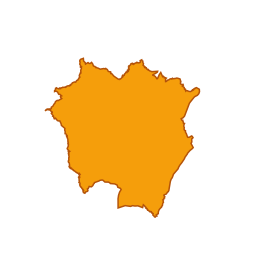 Mafeteng, Mafeteng, Lesotho (Albers equal-area conic projection), rotated 224°
{"feature_id": "5366337B69820143482286", "entity_name": "Mafeteng", "entity_type": "district", "adm_level": 2, "iso_a3": "LSO", "parent_name": "Lesotho", "parent_adm1": "Mafeteng", "projection": "albers", "projection_center": [27.27, -29.817], "detail": "fine", "context": "isolated", "style": "filled", "palette": "amber", "viewbox_px": 256, "rotation_deg": 224, "n_neighbors": 0, "source": "geoboundaries", "source_scale": "gbopen_adm2", "svg_char_len": 5846}
<svg xmlns="http://www.w3.org/2000/svg" viewBox="0 0 256 256"><g transform="rotate(224 128 128)"><path d="M115.1,50.6L113.7,51.1L113.7,51.5L114.2,52.2L113.3,54.0L113.2,54.8L113.3,55.1L114.9,56.0L114.6,56.9L115.3,59.0L114.4,59.5L113.4,60.4L113.3,62.2L113.9,63.8L113.8,64.6L114.2,65.4L112.0,69.9L111.8,70.9L110.5,72.6L109.8,73.0L107.0,73.1L104.5,75.5L103.1,75.9L102.1,75.8L98.8,78.5L96.2,79.4L94.2,78.3L91.6,79.3L90.2,79.0L89.5,76.0L88.1,73.1L86.1,70.3L79.6,63.6L76.1,70.2L71.7,73.4L70.8,75.3L68.8,76.7L66.8,78.9L62.2,80.9L63.6,83.4L62.0,83.5L60.8,83.2L60.3,83.4L59.6,83.2L59.4,82.8L58.9,83.1L58.0,83.1L57.8,82.8L57.4,82.9L56.8,82.5L56.3,82.9L54.2,82.9L54.1,83.3L53.2,84.0L53.0,83.9L53.0,83.5L52.1,83.8L51.8,83.4L50.5,83.9L50.1,83.1L49.3,82.6L48.8,82.8L47.3,82.5L46.6,82.7L46.5,84.4L46.2,84.7L47.2,85.1L46.9,85.5L47.1,86.3L46.7,87.4L47.9,88.7L48.8,90.7L49.0,92.3L48.9,94.4L49.4,94.9L49.3,96.0L50.7,97.9L50.9,99.2L52.3,100.0L52.5,100.6L52.9,100.7L52.6,101.2L53.3,102.2L53.1,102.9L53.5,103.0L53.7,104.1L55.2,104.3L55.6,104.9L54.6,107.2L55.1,109.4L54.8,110.1L55.2,111.4L60.3,118.8L61.4,121.1L61.7,123.1L63.2,126.4L63.6,133.3L64.3,134.9L64.9,137.3L65.2,140.4L66.1,145.3L66.6,146.1L67.3,150.6L67.6,151.2L67.8,154.8L67.4,158.0L67.5,159.2L72.0,160.7L72.4,162.3L74.0,163.8L74.7,164.7L74.4,165.5L74.6,166.3L76.3,166.6L76.8,166.4L77.4,164.1L78.4,162.9L79.0,162.9L82.2,164.5L83.7,164.9L84.8,166.0L85.7,165.6L87.0,166.2L87.7,167.3L89.1,168.0L90.0,169.1L90.5,170.5L91.4,169.9L92.5,170.8L93.3,170.9L93.9,171.6L94.8,171.0L96.2,171.6L95.5,173.7L95.6,175.8L101.0,188.4L101.2,189.6L101.8,196.0L101.7,197.1L100.8,199.7L100.9,201.9L101.8,203.8L103.6,205.4L106.8,204.6L107.4,203.3L107.2,203.2L107.3,202.5L107.8,202.0L107.3,200.8L108.1,200.4L107.8,199.7L108.1,199.4L107.9,199.1L108.4,197.6L109.7,196.6L111.1,196.1L111.4,195.7L112.0,195.7L112.5,195.3L112.4,194.9L113.1,195.3L113.7,195.2L113.9,195.7L114.5,195.3L115.8,196.2L118.0,195.9L117.9,197.2L118.8,197.6L119.2,196.8L120.8,196.2L121.5,196.6L122.1,198.0L122.6,198.0L122.8,198.4L124.7,199.4L126.9,198.3L127.8,197.6L128.1,196.9L128.4,196.5L130.2,194.3L130.6,194.5L130.8,193.4L131.3,193.3L131.9,192.3L132.1,190.9L132.7,190.1L132.8,188.1L133.2,187.5L134.5,188.7L135.1,189.8L135.1,190.5L136.2,190.1L136.7,189.3L137.6,189.8L138.7,189.7L138.8,189.0L143.0,190.7L142.6,188.2L141.1,184.0L141.4,183.5L143.8,184.0L145.2,183.9L146.8,183.2L147.1,183.5L146.7,184.5L146.7,185.0L146.2,186.1L145.8,188.0L145.7,188.6L146.1,189.4L150.0,185.1L152.3,184.1L153.2,184.1L153.5,183.8L154.0,184.1L154.3,183.8L154.5,184.0L155.7,183.4L156.6,184.0L157.0,183.6L157.8,183.9L158.1,183.1L159.5,183.8L160.7,183.6L161.6,185.1L163.3,185.6L163.7,186.4L164.8,186.2L165.5,186.6L166.1,184.9L165.3,184.4L164.8,183.6L165.4,182.4L166.6,181.5L167.2,181.5L167.1,180.9L167.9,179.8L168.2,177.8L168.8,178.0L169.2,177.2L169.9,177.5L170.5,176.2L170.1,175.3L170.2,173.7L170.5,173.2L169.8,172.8L170.0,172.2L169.2,171.9L168.7,170.9L168.2,171.2L167.9,171.0L168.0,170.6L167.6,169.8L168.1,169.7L167.5,169.1L168.0,168.9L167.3,168.4L167.4,168.0L167.6,168.2L168.0,168.0L167.5,167.1L168.2,166.9L167.9,165.3L168.0,164.5L167.4,163.4L167.7,163.3L168.1,162.3L168.4,162.3L168.3,161.5L168.2,161.3L167.6,161.8L167.3,161.4L167.5,158.0L168.2,157.3L168.1,156.8L169.3,156.3L174.2,155.5L177.7,155.8L178.3,155.2L179.5,156.3L181.1,155.2L181.8,155.1L183.5,155.7L184.9,155.4L185.3,154.8L185.5,155.0L185.6,154.6L186.7,154.0L188.9,151.0L190.9,150.4L192.1,149.7L193.0,149.6L193.2,149.1L194.5,149.3L195.9,148.6L198.0,149.6L199.8,149.9L200.0,148.2L200.8,147.4L202.2,147.3L203.0,144.5L204.2,145.3L206.4,145.3L208.5,147.1L209.8,144.5L209.7,143.3L209.1,142.5L208.2,142.1L207.0,140.4L205.5,140.0L205.3,139.7L204.2,139.6L204.3,139.3L203.9,139.5L203.9,138.9L203.6,139.0L202.9,138.5L202.1,136.7L200.9,135.6L200.7,134.9L200.3,135.0L200.0,134.5L200.2,134.0L200.1,133.2L199.4,131.8L198.9,131.4L198.0,131.2L198.0,129.7L197.7,129.4L197.7,128.3L197.4,128.1L197.4,127.6L197.9,126.5L197.5,124.6L198.5,123.9L199.4,121.8L199.1,120.8L199.4,119.6L198.9,118.8L199.0,118.5L199.6,118.3L199.4,117.6L200.4,116.8L201.1,115.4L201.3,114.8L201.0,114.3L201.3,113.7L201.7,113.7L202.5,112.5L203.2,112.1L203.4,111.2L204.1,110.3L203.9,109.7L204.7,109.4L204.4,109.0L204.9,108.7L204.9,108.1L205.8,107.8L206.8,107.1L207.4,107.2L207.7,106.2L206.8,105.3L206.8,103.9L206.2,103.3L206.1,103.7L204.8,104.8L203.5,104.9L201.6,104.2L201.0,104.2L200.4,104.9L198.1,105.0L198.6,104.0L198.4,103.6L197.5,103.2L196.1,103.1L197.3,99.2L197.9,98.9L198.2,98.4L198.5,96.6L197.9,95.4L197.8,93.8L197.2,91.4L197.6,89.6L196.7,88.7L196.8,88.1L199.3,85.5L199.6,84.5L199.6,82.7L199.0,85.0L197.1,86.4L196.2,86.8L194.8,86.6L194.0,86.9L193.2,86.5L193.2,86.0L193.5,85.9L193.4,85.3L190.1,84.8L190.1,84.3L189.7,84.5L187.4,83.4L187.0,83.9L186.9,84.7L184.0,84.3L183.0,84.7L182.0,85.7L179.1,84.6L177.7,83.6L173.1,83.9L172.2,82.6L170.7,81.8L169.4,80.3L169.1,80.6L167.9,80.5L167.1,80.2L167.0,79.8L166.5,79.8L166.3,80.1L165.4,79.3L165.7,79.1L163.4,78.1L161.8,76.5L161.1,76.3L161.0,75.8L159.9,75.1L160.1,74.9L159.2,74.4L158.1,73.1L158.1,72.6L157.5,71.0L156.8,70.7L156.1,70.8L155.6,70.4L154.3,70.6L154.2,70.3L154.7,70.1L154.7,69.7L154.0,69.6L153.7,70.0L153.7,69.0L153.1,68.6L153.0,68.1L152.3,68.2L152.0,67.4L150.7,66.7L150.3,66.0L150.0,65.9L149.9,65.4L148.2,63.7L148.0,62.7L146.9,62.0L146.4,62.2L145.1,61.4L143.9,60.3L143.7,59.4L142.4,58.9L142.1,59.2L142.3,59.6L141.9,59.7L141.3,59.0L141.0,59.0L140.6,59.7L140.0,59.4L139.4,59.7L138.9,59.5L138.5,59.9L137.5,59.6L137.1,59.9L134.5,60.1L134.1,60.4L133.2,60.3L132.9,60.7L131.6,60.8L131.4,61.6L130.9,61.4L130.8,60.7L130.2,61.0L130.2,60.2L128.6,59.0L129.5,58.4L129.4,58.2L127.9,57.6L127.0,56.5L126.0,55.9L125.4,54.7L124.4,55.0L123.5,54.3L123.3,53.6L121.8,52.9L121.0,52.7L120.4,53.0L118.9,52.4L118.1,52.6L117.6,52.1L117.2,52.4L116.7,52.4L116.7,51.8L116.2,51.1L115.1,50.6Z" fill="#f59e0b" stroke="#b45309" stroke-width="1.5"/></g></svg>